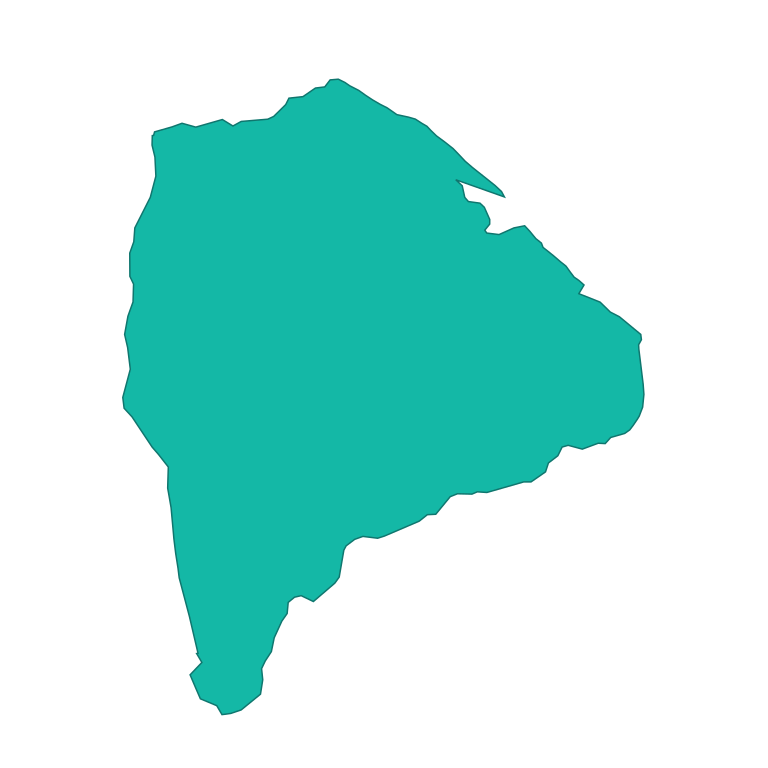 the district of Gbadolite, Équateur, Democratic Republic of the Congo, rotated 263°
{"feature_id": "63176286B98421000452360", "entity_name": "Gbadolite", "entity_type": "district", "adm_level": 2, "iso_a3": "COD", "parent_name": "Democratic Republic of the Congo", "parent_adm1": "Équateur", "projection": "albers", "projection_center": [20.879, 4.254], "detail": "fine", "context": "isolated", "style": "filled", "palette": "teal", "viewbox_px": 768, "rotation_deg": 263, "n_neighbors": 0, "source": "geoboundaries", "source_scale": "gbopen_adm2", "svg_char_len": 2192}
<svg xmlns="http://www.w3.org/2000/svg" viewBox="0 0 768 768"><g transform="rotate(263 384 384)"><path d="M662.2,187.0L658.8,185.6L658.8,184.3L650.1,183.0L649.3,182.9L637.1,184.3L618.1,182.9L597.8,174.8L569.3,155.7L555.7,153.0L544.9,147.6L521.8,144.9L513.7,147.6L496.0,144.9L488.3,141.0L482.5,138.1L464.8,132.6L451.3,134.0L429.6,134.0L402.5,123.1L391.6,123.1L382.1,129.9L349.6,146.2L341.4,151.7L327.9,159.8L307.0,156.6L299.5,157.0L287.2,157.6L268.0,157.0L255.8,156.6L241.3,156.6L226.4,157.1L226.1,157.1L216.6,157.1L177.3,162.5L139.3,166.6L139.3,165.2L129.8,169.3L119.0,156.1L104.4,160.3L93.9,163.4L85.1,178.8L75.6,182.9L75.6,186.5L75.7,191.8L77.9,202.5L91.2,223.6L105.2,227.6L116.4,227.8L123.6,232.4L132.1,239.6L145.5,244.1L161.1,253.7L168.0,259.9L178.9,262.3L183.3,269.2L184.0,276.0L176.7,287.4L192.4,311.0L197.8,316.0L224.0,323.9L228.0,326.7L233.4,336.0L235.3,344.5L231.7,358.9L233.0,365.8L243.6,402.3L249.0,411.1L248.4,419.5L264.1,436.0L266.1,443.5L264.0,457.9L265.6,463.5L263.8,472.9L269.8,510.8L268.9,518.0L277.1,533.6L285.6,537.6L291.6,547.8L299.7,553.1L300.7,559.3L295.2,572.9L299.1,589.4L297.9,596.3L303.3,602.5L305.6,616.9L308.5,622.3L312.5,626.2L318.2,631.2L321.0,633.4L329.5,637.9L342.0,640.7L352.2,641.2L359.0,641.2L375.4,641.2L387.6,641.2L391.9,641.5L396.6,644.9L401.9,644.9L422.0,625.9L427.8,617.4L438.9,608.5L449.9,588.4L457.9,594.6L463.0,590.1L466.9,585.7L472.6,582.4L478.8,579.0L483.9,574.0L490.6,567.9L500.2,558.5L504.7,557.4L509.8,552.4L517.7,547.4L523.9,542.9L523.1,532.0L518.3,516.4L521.3,504.4L524.4,502.8L529.8,508.4L534.4,509.0L547.2,505.1L551.8,501.3L554.8,490.0L559.4,486.9L571.2,485.8L578.0,480.1L555.0,526.3L560.7,524.1L567.4,518.5L575.9,510.2L583.8,502.4L587.8,498.5L588.3,498.0L595.1,491.8L601.9,486.8L609.2,481.3L616.5,474.1L623.9,466.3L630.1,461.3L634.6,458.0L638.0,453.5L643.1,447.4L645.9,440.8L649.8,429.6L657.7,420.8L662.2,414.1L667.3,407.4L672.9,400.8L678.5,394.7L684.2,386.3L688.1,381.9L692.1,375.8L692.4,367.6L686.1,361.4L686.1,352.0L679.1,338.6L679.3,324.5L673.3,320.5L663.0,307.1L661.0,300.9L662.0,274.3L658.5,265.5L666.2,255.8L661.9,228.5L667.4,215.3L665.2,205.7L665.1,205.4L662.2,187.0Z" fill="#14b8a6" stroke="#0f766e" stroke-width="1.5"/></g></svg>